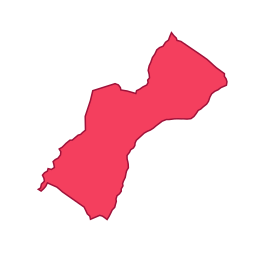 São Felipe, Bahia, Brazil, rotated 46°
{"feature_id": "56859067B73272671574835", "entity_name": "São Felipe", "entity_type": "district", "adm_level": 2, "iso_a3": "BRA", "parent_name": "Brazil", "parent_adm1": "Bahia", "projection": "natural_earth1", "projection_center": [-39.09, -12.85], "detail": "fine", "context": "isolated", "style": "filled", "palette": "rose", "viewbox_px": 256, "rotation_deg": 46, "n_neighbors": 0, "source": "geoboundaries", "source_scale": "gbopen_adm2", "svg_char_len": 1808}
<svg xmlns="http://www.w3.org/2000/svg" viewBox="0 0 256 256"><g transform="rotate(46 128 128)"><path d="M76.7,127.4L82.3,136.2L89.9,150.7L100.0,160.1L99.7,163.7L99.7,166.6L98.5,168.8L98.2,172.6L98.0,176.5L96.4,178.3L96.0,183.3L96.1,186.3L96.1,188.8L95.3,192.1L98.4,192.8L100.5,195.3L101.1,199.3L100.2,202.3L100.1,205.2L102.7,206.6L105.3,208.4L104.6,211.9L101.7,213.7L103.0,215.9L102.2,219.1L102.5,222.3L105.8,223.4L108.2,225.1L108.2,229.2L110.4,232.5L109.8,235.1L113.0,234.3L113.1,230.9L112.8,227.7L111.5,224.1L121.1,220.2L124.8,219.8L128.5,219.5L154.4,214.5L157.8,215.6L161.5,216.9L164.9,216.7L167.6,218.4L171.2,209.0L173.6,207.6L176.0,207.1L179.3,206.6L178.4,203.0L177.1,199.3L176.0,196.4L175.8,192.6L174.0,189.7L172.7,187.4L170.7,185.9L169.1,183.0L169.4,179.8L168.8,176.8L167.1,175.2L166.1,171.8L164.2,170.5L163.0,168.1L161.6,164.3L159.1,160.8L157.8,158.7L156.9,155.4L154.2,153.0L152.3,151.7L149.7,150.2L147.1,147.8L146.5,143.8L145.5,141.2L146.1,137.9L145.4,135.3L143.7,133.3L142.6,130.5L142.8,124.2L142.9,119.9L143.8,116.4L145.0,113.3L145.7,109.9L145.9,106.3L146.8,98.7L148.5,94.6L150.4,92.6L153.7,88.2L156.3,85.4L158.5,83.3L160.2,81.5L162.6,79.3L165.0,76.2L165.5,72.6L165.0,69.2L164.1,65.2L164.9,62.6L165.0,59.4L165.4,54.8L164.7,51.6L162.6,47.5L161.5,44.0L161.9,40.0L163.1,36.6L163.5,33.1L164.4,30.7L165.6,27.5L163.5,24.7L160.8,23.3L157.8,22.8L155.9,20.9L146.0,22.6L142.5,22.9L138.5,23.1L133.4,23.5L126.1,24.9L102.5,29.8L99.0,31.9L96.8,30.8L93.2,30.9L89.6,30.5L91.1,34.1L92.9,37.8L92.4,41.5L93.5,46.0L92.1,49.5L91.8,53.0L93.5,57.4L94.3,61.5L96.5,65.8L98.0,69.6L100.6,73.5L104.1,75.5L106.9,77.7L107.2,80.6L109.3,82.0L110.1,84.7L108.8,88.7L108.2,92.6L107.1,95.9L108.6,98.4L100.8,102.9L95.7,106.7L93.6,105.4L90.3,105.0L87.1,106.5L76.7,127.4Z" fill="#f43f5e" stroke="#9f1239" stroke-width="1.5"/></g></svg>